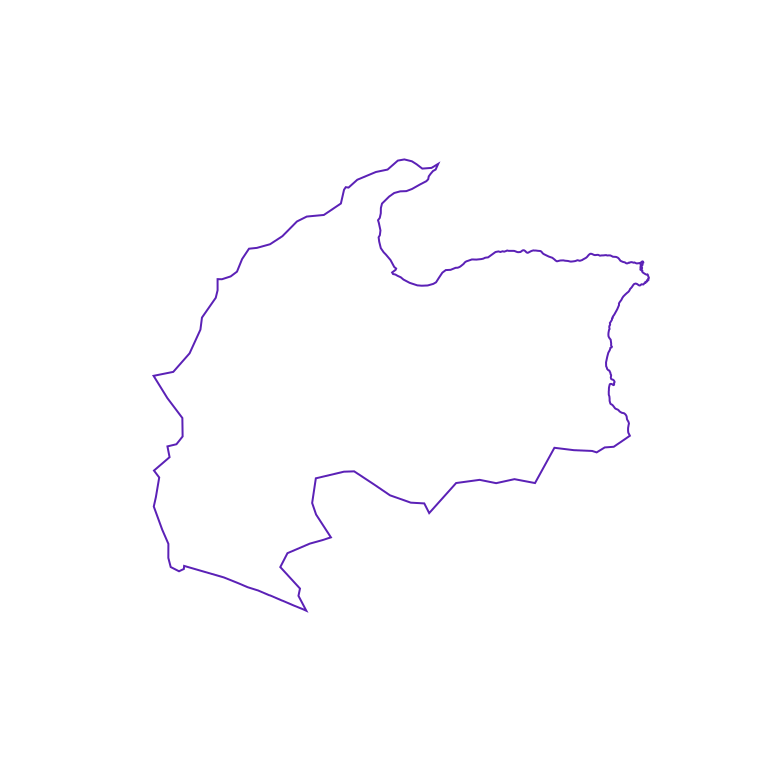 outline of Anse La Verdue, Anse-la-Raye, Saint Lucia, rotated 143°
{"feature_id": "8701671B11621920628841", "entity_name": "Anse La Verdue", "entity_type": "district", "adm_level": 2, "iso_a3": "LCA", "parent_name": "Saint Lucia", "parent_adm1": "Anse-la-Raye", "projection": "orthographic", "projection_center": [-61.06, 13.91], "detail": "fine", "context": "isolated", "style": "outline", "palette": "violet", "viewbox_px": 768, "rotation_deg": 143, "n_neighbors": 0, "source": "geoboundaries", "source_scale": "gbopen_adm2", "svg_char_len": 6118}
<svg xmlns="http://www.w3.org/2000/svg" viewBox="0 0 768 768"><g transform="rotate(143 384 384)"><path d="M582.5,249.7L579.8,266.3L574.2,271.2L577.0,300.2L562.9,307.0L539.4,301.2L527.2,296.4L518.7,293.5L516.8,320.6L513.0,332.2L495.2,349.7L468.8,338.1L460.4,332.2L452.8,310.9L446.2,291.5L434.0,273.1L423.7,264.4L425.6,253.7L386.0,261.5L365.3,249.9L354.1,237.3L337.1,229.5L323.0,214.0L286.3,230.5L272.2,216.9L258.1,205.3L255.3,201.4L245.9,200.5L238.3,195.6L218.8,194.7L218.6,195.7L218.2,198.1L217.2,199.8L216.0,201.4L215.2,202.3L214.0,203.4L213.4,204.0L212.4,204.8L212.1,205.1L211.4,207.1L211.4,208.2L211.1,209.7L209.8,212.0L209.6,212.8L209.5,213.5L209.5,214.5L209.8,216.0L210.5,216.9L211.3,217.8L211.6,218.3L212.4,220.4L212.4,221.5L212.7,222.8L213.5,224.1L213.9,224.9L214.1,225.5L214.1,228.5L214.2,229.8L214.5,230.6L214.8,231.2L215.0,231.7L214.9,232.4L214.0,234.7L212.6,236.6L211.4,238.6L211.2,239.4L210.9,240.2L208.9,242.9L208.3,243.5L206.8,245.4L205.7,246.4L204.0,247.8L203.5,247.9L203.2,247.8L202.4,247.2L202.0,246.6L201.5,245.1L201.1,244.9L200.6,245.1L200.3,245.4L200.0,245.8L199.8,246.3L199.6,246.4L198.8,246.7L198.6,246.9L198.4,247.5L198.3,248.7L198.6,249.7L199.4,250.8L199.5,251.4L199.4,251.7L199.0,252.7L197.9,253.7L197.4,254.2L197.2,254.6L197.2,255.2L196.3,257.2L196.3,258.0L196.0,258.8L196.0,259.2L196.5,260.0L196.6,260.4L196.7,261.8L196.2,263.0L195.9,264.5L193.7,267.6L192.2,268.9L189.2,271.5L186.0,274.0L183.3,275.2L182.2,276.0L181.7,276.3L181.5,276.6L181.0,276.6L180.2,276.3L179.6,276.6L179.5,277.8L179.3,278.3L178.2,279.6L176.3,283.0L176.3,284.0L176.4,284.4L176.2,286.1L176.0,286.9L175.8,287.3L175.0,288.5L174.0,289.7L171.7,291.8L171.4,291.9L171.0,292.0L170.8,292.2L170.5,292.6L170.3,293.2L170.1,293.5L169.5,294.3L168.7,294.9L168.4,294.9L167.9,295.2L167.4,295.7L166.9,296.8L166.3,297.0L165.8,297.1L164.6,297.6L163.6,298.0L163.2,298.2L162.6,299.0L162.2,299.3L161.4,299.2L161.2,299.5L161.1,299.8L160.7,300.1L158.4,300.8L152.8,303.3L148.8,305.6L148.0,306.8L146.9,307.4L144.2,308.2L143.4,308.5L142.1,309.2L140.1,309.9L137.2,310.3L134.8,310.5L133.6,310.5L132.2,310.8L131.5,311.1L130.2,311.8L129.3,311.9L127.5,312.3L125.6,313.0L124.3,313.3L123.4,313.1L122.5,312.7L121.8,311.7L121.0,309.4L120.7,309.0L120.3,308.7L119.9,308.6L118.4,308.7L116.9,307.4L115.3,307.8L114.9,307.8L114.7,307.6L114.5,307.4L114.3,307.4L113.9,307.7L113.9,308.1L113.7,308.2L112.9,307.6L112.6,307.6L112.7,307.9L111.8,307.9L111.5,308.5L111.1,308.4L110.6,308.0L110.1,308.0L109.9,308.5L109.8,308.9L109.6,309.2L108.8,309.2L108.6,309.3L108.5,309.5L108.1,311.1L107.6,312.4L107.6,312.7L107.6,312.9L108.2,313.0L108.6,313.4L108.8,313.8L109.5,315.3L110.2,317.4L110.2,318.1L110.1,318.5L109.8,318.7L109.5,319.0L109.5,319.3L109.9,319.7L110.2,320.5L110.4,320.8L110.3,321.2L110.1,321.4L109.9,321.6L109.7,321.5L109.3,321.0L109.0,320.7L108.6,320.9L108.2,321.2L108.0,321.4L107.8,322.0L108.0,322.2L108.2,322.3L108.9,322.7L108.9,322.8L108.9,323.0L108.0,323.6L107.8,323.9L107.3,324.7L107.1,325.2L106.9,325.3L106.7,325.0L106.5,324.5L106.5,324.0L106.5,323.7L106.4,323.4L106.1,323.4L105.3,324.1L104.4,325.1L104.2,325.1L103.8,325.0L103.6,325.4L103.5,325.8L103.6,326.1L103.9,326.4L104.3,326.5L105.7,326.4L106.3,326.5L106.7,326.6L108.1,327.3L108.5,327.6L109.4,328.0L110.1,328.9L110.8,330.3L111.2,330.5L111.4,330.5L111.7,330.7L112.4,331.7L112.9,332.3L114.1,333.0L115.0,333.1L115.2,333.3L115.3,333.5L116.9,333.8L117.8,334.5L118.2,335.4L118.3,335.9L118.5,336.3L119.7,337.7L120.6,339.3L121.0,340.1L121.0,340.5L121.0,343.0L121.3,344.3L121.7,345.0L122.1,345.7L122.5,346.1L124.6,347.9L125.6,350.0L126.0,350.6L127.3,351.6L128.1,352.1L128.5,352.4L128.8,353.0L129.4,353.5L131.4,354.7L132.6,355.6L133.9,356.3L134.5,356.8L134.8,357.5L135.3,358.3L135.8,358.7L137.7,359.8L138.3,360.3L138.7,360.9L139.8,362.9L140.5,363.6L141.1,363.9L141.8,363.9L142.7,363.9L144.1,363.6L145.2,363.3L146.8,363.2L150.1,363.7L151.0,363.7L152.8,364.3L153.5,364.6L154.8,366.2L155.2,366.5L156.7,366.9L157.5,367.2L159.5,368.3L161.1,369.3L161.7,369.9L163.0,371.5L165.1,373.4L165.7,374.0L166.1,374.6L167.2,375.4L169.0,376.6L170.9,377.4L171.4,377.6L172.0,377.9L172.7,379.4L172.8,380.4L173.6,383.5L175.7,386.6L178.1,391.3L178.4,392.1L178.6,392.9L178.6,394.3L178.8,395.3L178.9,395.8L179.4,396.4L180.9,397.7L182.4,399.2L183.5,400.0L184.3,400.8L185.9,401.4L186.6,401.6L189.0,402.0L189.7,402.1L190.5,402.5L190.7,402.8L191.0,403.5L191.2,405.2L191.6,406.3L191.9,406.7L192.3,407.0L192.7,407.2L193.3,407.3L195.5,407.3L197.2,408.3L198.1,409.1L199.8,411.8L200.7,412.6L203.7,414.8L204.7,415.7L205.3,416.5L206.7,416.8L208.4,417.4L209.4,418.6L211.6,419.4L212.8,421.0L215.5,422.3L224.7,422.5L226.5,423.6L227.7,424.1L229.1,424.3L231.1,425.2L235.4,427.8L237.5,429.5L238.9,430.6L242.7,431.8L244.4,432.4L246.2,432.5L248.2,432.0L251.9,431.9L253.3,432.0L255.1,432.5L256.9,433.7L262.1,435.1L266.1,437.8L270.4,437.8L276.4,435.7L281.2,433.9L284.4,434.3L289.8,436.4L294.6,439.7L298.0,442.7L302.6,449.3L305.6,455.7L306.4,459.2L308.0,462.1L309.0,464.5L310.6,466.4L310.4,468.2L306.0,468.2L304.8,468.9L305.4,471.3L304.2,479.1L304.6,486.3L305.0,489.4L304.8,494.4L302.2,500.5L300.0,504.4L297.8,505.3L294.4,508.8L291.2,515.7L290.2,518.4L287.4,519.2L283.8,522.3L280.6,526.4L277.0,529.3L267.1,530.6L260.9,530.4L255.1,528.1L250.1,524.6L244.3,522.9L235.3,521.7L228.1,520.5L225.5,520.9L223.3,522.9L220.3,523.8L216.7,524.6L213.7,524.2L208.2,527.2L216.0,528.0L223.8,533.0L225.8,540.1L227.7,545.1L232.6,551.1L238.5,554.1L252.1,553.1L262.9,558.2L282.4,563.2L294.1,562.2L296.1,564.2L299.0,563.2L309.8,554.1L330.3,555.2L344.9,564.2L355.7,566.2L376.2,563.2L390.9,564.2L403.6,569.2L410.4,573.3L422.1,569.2L433.8,562.2L441.7,562.2L450.4,565.2L453.8,567.9L460.5,559.0L466.5,554.1L489.4,546.6L497.9,537.9L520.8,525.5L545.0,520.5L563.1,529.2L565.5,503.1L565.5,478.2L576.4,463.3L586.0,460.8L594.5,464.5L599.3,454.6L619.8,453.3L619.8,444.6L634.3,430.9L641.6,424.7L648.8,401.1L652.4,386.1L660.9,374.9L664.5,366.2L660.4,357.8L656.9,357.1L655.2,356.7L653.1,359.0L628.3,325.9L620.2,312.5L615.2,303.8L609.2,295.4L609.0,295.2L602.8,284.4L602.2,283.7L595.7,272.3L595.5,272.1L589.5,261.6L584.1,252.6L582.5,249.7Z" fill="none" stroke="#5b21b6" stroke-width="2"/></g></svg>